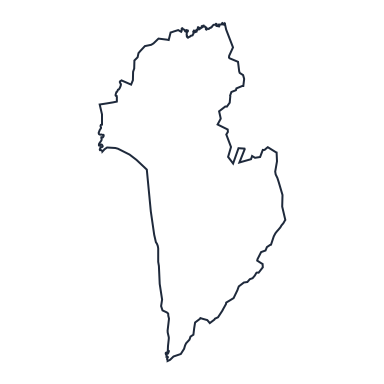 outline of Jakusko, Yobe, Nigeria
{"feature_id": "59680162B40329870656537", "entity_name": "Jakusko", "entity_type": "district", "adm_level": 2, "iso_a3": "NGA", "parent_name": "Nigeria", "parent_adm1": "Yobe", "projection": "equal_earth", "projection_center": [10.871, 12.419], "detail": "fine", "context": "isolated", "style": "outline", "palette": "slate", "viewbox_px": 384, "rotation_deg": 0, "n_neighbors": 0, "source": "geoboundaries", "source_scale": "gbopen_adm2", "svg_char_len": 5827}
<svg xmlns="http://www.w3.org/2000/svg" viewBox="0 0 384 384"><path d="M285.3,219.9L282.2,206.6L282.5,195.0L278.8,182.4L277.4,178.0L275.7,174.5L275.2,171.6L277.0,161.3L276.6,152.5L276.0,152.3L267.8,147.2L266.5,148.2L264.7,149.8L263.9,150.0L262.8,149.9L260.1,157.0L255.0,157.8L252.1,156.0L251.0,159.2L239.4,162.5L244.7,149.2L244.5,148.6L238.5,148.2L233.1,163.5L228.1,156.9L231.0,147.0L226.3,134.5L227.9,131.9L227.7,129.5L217.6,124.5L220.7,118.7L220.6,118.0L219.1,111.3L225.3,106.5L226.9,106.6L229.7,102.7L230.3,96.2L230.1,95.6L231.4,92.0L235.9,90.2L236.4,88.4L242.2,86.0L243.3,86.0L244.1,79.5L244.1,78.7L243.1,75.1L239.7,72.9L239.2,71.4L238.0,61.8L229.6,58.3L229.0,57.6L229.1,56.1L229.3,55.5L233.0,47.4L226.2,29.7L226.1,29.4L225.1,24.8L225.0,24.3L225.0,23.7L224.7,23.3L224.4,23.6L224.4,24.0L224.3,24.4L224.5,24.7L224.4,24.9L224.1,24.8L223.8,24.4L223.4,24.3L223.1,24.2L222.8,24.4L222.5,24.4L222.6,24.0L222.7,23.5L222.7,23.2L222.4,23.0L222.1,23.2L221.9,23.6L221.8,24.0L221.7,24.2L221.2,24.4L220.5,24.6L219.9,24.5L219.1,24.6L218.6,24.6L218.5,24.9L218.8,25.3L219.1,25.5L219.3,25.8L219.3,26.1L219.2,26.4L218.1,26.3L217.4,26.0L216.6,26.0L216.3,25.8L216.2,25.4L216.2,25.0L216.2,24.7L216.4,24.5L216.5,24.1L216.3,23.9L216.0,23.9L215.9,24.4L215.7,24.6L215.6,24.9L215.2,24.8L214.5,24.7L213.7,24.8L212.8,25.5L212.4,26.0L212.0,26.8L211.3,27.1L210.8,27.8L210.3,27.8L209.8,28.0L209.5,28.3L209.2,28.5L209.0,28.8L208.7,29.0L208.4,28.9L208.1,28.7L207.5,28.7L207.2,29.0L207.0,28.8L206.6,28.8L206.4,29.1L206.2,29.5L205.9,29.3L205.9,28.9L206.0,28.4L205.8,28.1L205.8,27.7L206.0,27.4L205.7,27.2L205.3,27.1L205.1,26.7L204.9,26.5L204.7,26.4L204.3,26.5L203.8,26.5L203.7,26.3L203.7,25.9L203.6,25.6L203.1,25.7L202.9,26.0L202.5,26.3L202.0,26.2L201.8,26.2L201.7,26.9L201.7,27.3L201.9,27.5L201.1,28.0L200.1,28.7L199.9,28.6L199.8,28.2L199.8,27.9L199.5,27.9L199.4,28.3L199.2,28.8L199.1,29.1L198.9,29.0L198.8,28.4L198.7,27.9L198.6,27.5L198.4,27.3L198.1,27.2L197.9,27.3L197.9,27.9L197.9,28.4L197.6,28.9L197.5,29.5L197.6,29.9L197.4,30.1L197.2,30.1L197.1,29.7L196.8,29.7L196.5,29.8L196.4,30.3L196.5,30.9L196.6,31.2L196.6,31.6L196.1,31.8L195.4,32.1L194.7,32.1L194.4,31.9L194.3,31.6L194.5,31.3L194.8,31.3L194.8,30.9L194.5,30.7L193.9,30.6L193.7,31.1L193.3,31.5L193.2,31.8L193.3,32.1L193.5,32.4L193.6,32.9L193.6,33.4L193.3,33.9L193.0,34.2L192.8,34.8L192.6,35.3L192.0,35.5L191.7,35.7L191.0,35.7L190.6,36.0L190.2,36.3L189.9,36.6L189.6,36.9L189.1,36.9L188.6,37.1L188.3,37.4L188.1,37.7L187.8,37.7L187.4,37.3L187.0,36.8L186.8,36.2L187.0,35.8L186.9,35.3L186.6,34.9L186.8,32.8L186.9,32.4L187.2,32.0L187.5,31.6L187.8,31.4L187.9,31.0L187.9,30.6L187.7,30.4L187.3,30.4L186.9,30.3L186.6,30.1L186.2,30.3L186.2,30.8L186.1,31.2L186.0,31.5L185.4,31.5L185.1,31.2L184.9,30.7L184.8,30.3L184.5,29.8L183.7,29.5L183.2,29.2L182.8,29.0L182.6,28.9L182.6,28.6L182.5,28.4L182.2,28.2L181.9,28.4L181.7,28.6L181.7,29.3L181.6,29.7L181.7,30.4L181.6,30.8L181.5,31.3L181.2,31.8L178.2,30.1L173.7,31.5L172.0,32.1L170.6,32.5L168.7,40.0L167.2,39.7L158.5,38.6L153.5,43.4L151.2,44.8L144.9,46.1L140.4,50.9L138.5,53.1L137.6,57.3L134.4,60.5L134.4,60.8L134.2,68.6L134.1,68.8L133.1,71.8L132.9,80.2L131.5,83.6L131.1,84.6L121.5,80.4L121.0,80.8L120.2,81.2L119.8,82.0L120.2,82.9L120.5,83.7L120.9,84.1L120.9,84.7L120.7,85.6L120.4,86.5L120.0,87.4L119.6,88.3L119.2,88.9L118.7,89.5L118.0,89.7L117.6,90.5L117.2,91.5L116.9,91.9L116.5,92.0L116.2,92.7L116.0,93.2L115.8,94.1L115.6,94.7L115.6,95.5L115.8,95.8L116.4,95.9L116.7,96.0L116.8,96.8L116.9,97.8L116.8,99.1L116.9,100.0L116.8,101.6L112.9,102.4L106.9,103.4L99.7,104.5L102.0,114.4L102.0,124.6L101.4,124.7L100.9,124.9L100.7,125.4L100.5,126.0L100.7,126.8L101.0,127.4L101.0,128.0L100.8,128.5L100.4,129.0L100.1,129.5L99.6,130.3L99.4,130.9L99.2,131.5L98.9,132.2L98.7,132.8L98.8,133.6L99.0,134.1L99.4,134.4L99.9,134.6L100.4,134.7L100.9,134.5L101.4,134.5L101.9,134.7L102.4,134.9L102.9,135.0L103.2,134.8L103.5,134.9L103.7,135.7L103.5,136.4L103.2,136.9L102.8,137.4L102.4,137.5L101.9,137.2L101.4,137.2L101.3,137.7L101.4,138.4L101.6,139.0L101.6,139.8L101.3,140.6L100.6,141.6L99.9,142.6L99.2,143.6L99.0,144.2L98.9,145.1L99.0,145.5L99.4,145.6L99.8,145.7L100.1,145.2L100.5,144.9L100.9,144.6L101.3,144.5L101.7,144.6L102.1,145.0L102.4,145.5L102.7,146.2L102.4,146.8L101.9,147.1L101.2,147.2L100.8,147.4L100.2,148.1L100.2,148.8L99.8,149.3L99.8,149.7L100.0,150.1L100.3,150.1L100.8,150.1L101.2,150.2L101.8,150.6L102.3,150.9L102.4,151.6L104.6,149.2L107.1,147.5L115.3,148.0L117.9,148.7L129.6,154.6L136.5,159.9L146.8,169.6L150.8,211.3L154.2,234.8L155.9,242.2L156.9,243.7L157.7,245.7L158.0,247.1L158.2,248.5L158.2,257.0L158.2,261.8L158.9,266.0L159.7,283.9L162.1,299.6L161.1,306.1L162.5,310.4L166.8,312.4L168.0,313.4L168.2,313.8L168.3,315.8L169.0,318.7L167.6,330.6L167.7,332.5L168.7,336.9L168.8,337.5L168.8,338.7L168.0,346.0L167.8,350.5L168.4,350.7L168.9,351.1L168.7,351.8L168.3,352.9L167.9,353.6L167.7,353.7L167.2,353.4L166.9,352.9L166.9,352.6L166.8,352.4L166.4,352.5L165.8,352.9L165.7,353.2L165.8,353.6L165.8,354.0L166.2,354.8L166.5,355.2L166.5,356.6L167.2,356.4L167.8,356.9L167.9,357.3L167.8,357.5L167.2,358.3L167.1,358.6L167.1,359.2L167.3,359.7L167.6,360.4L167.6,361.0L170.1,359.8L173.5,356.5L180.8,354.0L184.1,348.8L185.1,345.4L186.1,343.3L189.5,339.6L190.5,336.6L193.4,334.7L194.2,328.1L195.1,322.5L200.0,318.8L200.4,318.1L202.6,318.8L207.3,320.1L209.8,323.1L214.4,319.6L214.9,318.7L218.0,317.3L222.6,310.3L222.6,310.1L226.0,304.0L226.2,302.6L229.2,300.8L233.6,298.1L237.5,290.0L238.0,288.5L238.8,286.4L243.9,282.5L247.4,282.0L249.8,279.2L252.6,278.2L254.8,275.6L256.3,273.0L256.8,272.6L258.0,272.6L258.6,272.7L262.8,267.3L262.6,264.0L261.2,263.2L257.2,260.6L257.5,259.2L261.1,252.1L265.5,250.5L266.9,247.1L270.0,245.0L271.0,244.7L273.8,236.3L275.4,233.3L276.8,231.5L278.4,229.7L280.4,227.3L281.5,225.4L283.3,223.3L285.2,220.0L285.3,219.9Z" fill="none" stroke="#1e293b" stroke-width="2"/></svg>